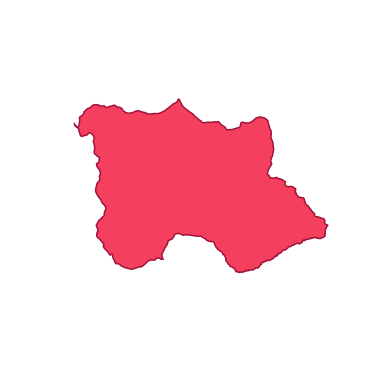 Santa María, Huila, Colombia, rotated 33°
{"feature_id": "7082276B74568314469162", "entity_name": "Santa María", "entity_type": "district", "adm_level": 2, "iso_a3": "COL", "parent_name": "Colombia", "parent_adm1": "Huila", "projection": "orthographic", "projection_center": [-75.551, 2.922], "detail": "fine", "context": "isolated", "style": "filled", "palette": "rose", "viewbox_px": 384, "rotation_deg": 33, "n_neighbors": 0, "source": "geoboundaries", "source_scale": "gbopen_adm2", "svg_char_len": 6066}
<svg xmlns="http://www.w3.org/2000/svg" viewBox="0 0 384 384"><g transform="rotate(33 192 192)"><path d="M209.1,91.5L208.4,91.8L206.1,94.1L205.2,95.8L204.4,99.1L203.8,100.5L202.0,103.3L200.9,104.0L198.5,105.2L195.9,106.1L195.5,106.9L195.6,108.2L196.5,110.1L196.7,111.2L196.2,112.5L194.8,113.9L191.7,117.7L187.5,120.7L186.4,120.7L184.3,119.6L180.3,119.6L178.5,119.3L175.8,118.6L174.6,119.8L172.6,120.9L169.9,123.5L168.0,124.3L163.4,128.1L162.4,128.1L161.4,127.6L158.4,127.6L152.6,126.8L151.0,126.2L144.4,126.0L138.9,125.5L136.4,124.6L135.0,123.7L133.1,122.8L131.0,121.3L130.2,121.4L130.0,121.8L130.3,123.0L130.1,125.7L128.4,128.0L127.7,130.8L127.2,131.7L126.7,133.5L126.3,134.3L126.1,135.2L124.9,138.8L123.0,141.8L122.7,142.6L120.8,144.7L118.3,146.3L116.0,148.0L114.6,149.3L112.9,150.4L111.9,150.7L110.0,150.8L105.6,152.4L102.8,153.0L102.1,153.5L100.7,154.9L99.1,157.5L98.5,158.2L97.0,159.7L95.1,160.9L93.0,161.4L90.2,161.4L89.3,161.2L88.7,160.5L87.8,160.2L86.0,160.2L85.1,160.4L83.5,161.3L79.8,161.4L78.9,162.1L78.1,163.4L76.9,164.4L75.2,166.6L75.0,167.2L74.4,167.7L73.9,167.9L73.0,167.9L72.1,167.5L71.3,167.6L70.7,167.9L70.2,168.6L68.6,169.8L67.4,169.7L66.5,169.9L63.8,171.0L62.4,172.2L61.3,173.8L60.7,176.8L59.3,178.4L58.4,181.0L57.8,183.7L58.5,185.5L58.2,187.3L56.9,190.6L58.7,193.0L60.9,197.3L61.2,199.1L61.0,199.4L60.1,199.7L58.8,199.8L58.1,199.7L56.4,199.0L56.9,199.8L59.1,200.4L62.3,200.6L63.4,201.6L64.1,202.7L65.8,203.7L66.4,204.4L67.1,204.8L67.3,205.1L68.4,205.6L69.5,205.3L71.3,202.9L72.7,201.6L73.2,200.6L73.0,199.1L73.3,198.4L75.4,197.8L77.3,198.0L79.1,198.7L80.4,199.7L81.0,200.9L81.8,203.6L83.3,204.6L85.7,207.1L86.4,208.4L87.3,209.4L87.6,210.7L88.0,211.5L89.0,212.6L89.7,213.1L91.7,213.1L92.4,213.2L93.0,213.6L93.8,213.7L95.3,213.2L95.9,213.9L97.5,217.7L97.4,218.6L96.5,220.2L98.6,222.5L102.4,223.8L104.3,225.6L105.7,227.4L105.6,228.9L106.4,230.2L107.6,231.0L108.1,233.4L107.7,235.6L107.8,236.9L109.7,242.2L111.0,244.0L112.3,245.0L115.2,246.6L119.9,248.2L121.7,249.5L123.3,250.3L125.1,250.6L127.1,251.3L128.6,252.5L129.0,253.2L129.6,256.8L130.6,258.6L131.2,260.1L130.8,261.2L129.9,265.1L129.5,265.9L129.6,269.6L129.9,272.2L134.1,275.2L134.4,277.6L135.6,280.1L136.6,281.2L137.6,281.6L140.6,281.9L144.8,283.3L146.2,283.5L147.4,286.1L148.9,286.9L154.4,288.1L155.9,289.0L157.3,289.5L158.0,289.2L158.4,288.0L158.9,287.8L160.0,288.3L160.4,289.1L161.6,290.3L164.0,291.5L165.9,293.1L167.2,293.5L169.8,292.1L173.4,292.5L176.9,291.9L181.8,290.4L183.8,289.4L184.9,288.3L185.4,287.4L188.3,283.8L190.1,282.5L190.8,281.3L192.0,277.5L192.1,276.6L192.8,273.6L194.7,271.4L197.9,269.3L198.5,266.6L200.1,265.5L200.9,265.2L202.8,265.2L204.3,264.0L202.9,263.2L201.3,261.6L200.9,261.1L200.5,259.9L199.8,253.9L199.8,249.7L198.9,246.7L198.8,245.3L200.4,243.1L201.0,241.9L201.2,239.9L200.7,237.7L200.7,236.9L201.2,235.9L203.1,234.3L205.8,233.3L207.9,233.1L208.6,232.9L209.9,231.2L214.8,228.8L219.5,226.7L222.2,225.1L223.1,224.3L224.3,224.1L227.2,224.2L228.7,224.0L230.5,224.4L232.3,224.3L234.2,223.6L237.4,221.8L240.3,224.2L241.1,224.5L242.3,225.2L245.0,226.0L246.4,226.1L246.9,226.3L248.2,226.1L250.3,226.2L251.3,226.7L251.5,227.4L251.8,227.6L253.5,227.2L256.6,229.4L257.2,230.4L258.3,231.4L259.8,231.7L261.5,232.7L263.0,232.7L264.6,233.6L267.6,232.7L268.3,233.3L269.0,233.1L269.7,233.2L272.1,234.7L272.7,234.3L273.5,234.5L273.9,233.8L274.5,233.9L275.4,233.7L275.6,233.4L276.4,232.8L276.8,232.3L277.8,232.1L278.2,231.2L279.4,230.4L279.2,229.1L280.1,229.1L280.4,228.9L280.7,228.1L281.4,227.9L281.7,227.6L281.7,226.8L282.4,226.9L282.5,226.7L283.3,226.1L283.5,225.4L284.2,224.8L285.8,224.1L286.0,222.8L287.3,220.6L288.1,220.2L288.9,219.1L289.1,218.3L288.8,216.1L289.6,215.0L288.9,214.2L288.8,213.7L290.1,212.4L290.2,211.2L290.6,211.2L290.9,211.0L291.4,209.8L292.1,209.3L292.1,208.6L292.3,208.0L292.7,207.7L293.8,207.7L294.1,207.5L294.7,206.2L295.3,205.5L295.9,204.1L296.5,203.4L296.5,202.9L296.2,202.3L296.2,201.5L296.4,201.1L297.1,200.9L297.3,200.7L297.2,199.6L297.4,199.3L297.6,199.2L298.0,199.3L298.2,199.1L298.1,198.6L297.5,198.4L297.5,197.9L297.7,197.4L298.2,197.3L298.3,196.0L299.0,195.6L299.7,194.3L299.9,193.6L299.6,192.3L299.8,191.7L300.2,191.2L301.1,190.6L301.8,189.7L302.8,186.8L302.9,185.2L304.5,184.0L304.8,182.5L305.1,181.9L305.9,181.5L306.2,181.1L306.8,179.5L307.2,179.0L307.4,178.3L308.2,178.0L308.9,177.2L309.5,177.1L310.2,177.1L310.5,176.9L310.7,176.2L311.4,175.3L311.4,174.5L311.9,173.7L311.8,173.4L311.1,172.8L311.2,172.1L311.5,171.8L313.0,171.4L312.8,170.5L313.4,170.2L313.4,169.4L314.6,168.9L315.9,167.6L316.2,166.2L317.0,166.3L317.5,166.0L318.2,164.6L318.7,164.6L319.7,163.1L320.3,162.8L321.7,162.9L322.3,162.1L323.6,161.9L325.2,161.0L325.7,159.8L327.0,158.2L327.0,157.6L327.4,157.2L327.6,156.8L327.3,155.9L326.2,154.9L326.4,154.1L325.9,153.5L324.5,151.2L324.0,148.5L324.1,146.2L323.6,145.9L321.4,146.3L320.2,146.1L319.7,144.9L319.1,143.8L318.3,143.1L317.2,142.7L315.2,143.2L313.9,143.8L312.9,143.7L312.6,144.1L311.9,144.4L311.4,144.1L310.9,144.1L310.0,145.1L308.7,145.4L308.2,145.3L307.5,144.8L306.9,143.6L302.6,142.6L300.8,141.8L298.9,141.3L297.0,140.4L294.9,140.3L293.3,139.8L292.6,138.8L291.9,138.5L291.6,138.2L290.9,138.1L290.6,137.9L290.5,137.4L290.2,137.0L288.8,136.2L287.9,136.4L287.2,136.9L285.4,137.6L284.8,138.4L282.6,137.7L281.5,137.6L280.0,136.2L279.0,136.2L278.7,135.4L277.8,134.5L277.7,133.7L277.2,132.8L273.7,132.9L272.5,133.1L270.1,134.9L268.8,135.6L267.7,135.8L266.8,135.7L265.7,134.7L265.2,134.0L265.1,132.8L264.9,132.6L263.8,132.7L262.2,132.5L259.1,132.8L258.5,132.9L257.3,133.8L255.0,133.6L254.7,133.8L253.9,135.1L253.3,135.7L252.5,136.0L251.8,136.6L251.2,136.7L250.0,137.3L249.4,137.3L247.8,136.4L246.9,136.1L245.6,135.9L245.3,135.7L245.0,135.3L243.7,130.7L243.7,126.2L243.4,124.8L243.1,124.5L241.8,123.9L240.9,122.7L240.6,121.7L240.0,120.8L239.9,118.3L237.5,112.1L235.5,109.7L232.9,106.5L228.8,103.5L227.5,101.9L227.3,100.9L226.7,99.9L224.9,97.6L224.1,97.0L223.2,96.8L222.4,96.2L221.1,94.7L218.4,92.8L217.1,91.1L215.3,90.6L212.6,90.5L211.7,90.6L210.0,91.4L209.1,91.5Z" fill="#f43f5e" stroke="#9f1239" stroke-width="1.5"/></g></svg>